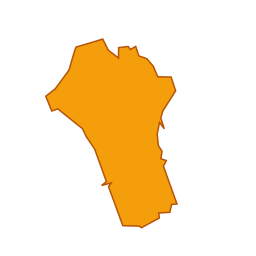 outline of Marshall, Tennessee, United States of America, rotated 154°
{"feature_id": "52423323B88025454001467", "entity_name": "Marshall", "entity_type": "district", "adm_level": 2, "iso_a3": "USA", "parent_name": "United States of America", "parent_adm1": "Tennessee", "projection": "natural_earth1", "projection_center": [-86.784, 35.481], "detail": "fine", "context": "isolated", "style": "filled", "palette": "amber", "viewbox_px": 256, "rotation_deg": 154, "n_neighbors": 0, "source": "geoboundaries", "source_scale": "gbopen_adm2", "svg_char_len": 692}
<svg xmlns="http://www.w3.org/2000/svg" viewBox="0 0 256 256"><g transform="rotate(154 128 128)"><path d="M127.4,33.9L122.3,40.2L117.3,38.2L112.9,78.1L107.8,82.0L112.0,85.9L107.6,92.1L108.4,99.0L104.5,109.6L97.2,119.2L95.8,111.4L94.1,122.7L89.0,128.2L68.9,140.5L66.9,154.9L78.8,161.0L78.2,172.4L80.7,182.0L86.7,188.2L85.3,198.0L91.5,197.5L92.1,201.2L101.2,204.3L105.9,195.1L111.6,206.6L111.7,219.0L139.2,223.5L142.7,220.2L155.8,205.8L176.3,195.1L188.0,192.6L189.1,176.7L182.7,175.9L169.2,147.3L169.3,138.6L167.2,123.7L170.9,89.3L176.9,87.9L167.3,86.0L171.2,83.8L175.5,42.5L160.9,34.9L159.7,32.5L139.3,33.4L137.6,38.1L127.4,33.9Z" fill="#f59e0b" stroke="#b45309" stroke-width="1.5"/></g></svg>